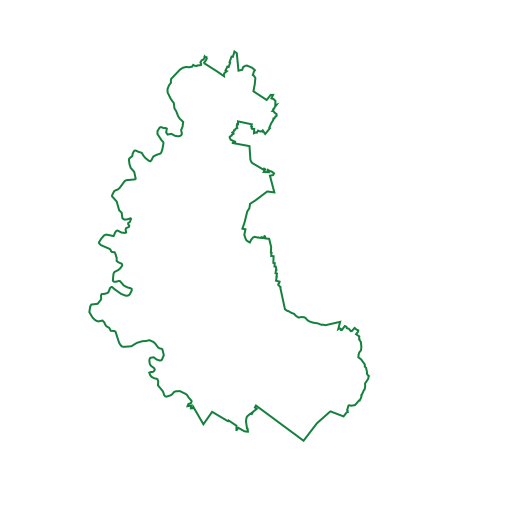 José Sixto Verduzco, Michoacán, Mexico, rotated 296°
{"feature_id": "50627088B2791388082970", "entity_name": "José Sixto Verduzco", "entity_type": "district", "adm_level": 2, "iso_a3": "MEX", "parent_name": "Mexico", "parent_adm1": "Michoacán", "projection": "albers", "projection_center": [-101.555, 20.242], "detail": "fine", "context": "isolated", "style": "outline", "palette": "green", "viewbox_px": 512, "rotation_deg": 296, "n_neighbors": 0, "source": "geoboundaries", "source_scale": "gbopen_adm2", "svg_char_len": 6130}
<svg xmlns="http://www.w3.org/2000/svg" viewBox="0 0 512 512"><g transform="rotate(296 256 256)"><path d="M398.1,115.5L396.5,113.5L395.2,110.3L393.3,107.9L390.3,106.0L377.9,102.1L376.0,102.7L374.5,103.6L371.2,103.0L367.2,103.3L364.2,104.9L359.7,110.7L357.4,115.1L352.9,118.0L351.2,120.8L347.6,124.6L346.0,127.2L344.6,131.8L340.0,133.3L336.4,133.5L333.4,135.8L332.0,135.9L330.7,135.2L329.6,133.9L328.5,130.6L328.7,126.4L326.4,123.3L327.7,121.1L331.4,120.0L331.5,119.1L330.5,116.8L330.3,114.6L330.0,113.8L329.1,113.1L325.1,112.7L322.5,113.9L318.7,120.2L317.7,122.7L316.8,123.4L310.8,125.1L307.3,125.5L306.1,125.1L303.1,122.1L300.4,120.1L296.1,120.0L294.7,119.4L294.6,118.1L295.5,113.8L297.0,110.4L298.4,108.6L298.6,107.6L298.1,104.8L298.1,101.9L297.7,100.9L296.7,100.3L294.1,100.3L291.5,101.0L288.5,99.5L287.5,99.4L286.3,99.9L283.0,102.1L280.3,104.7L278.2,109.7L272.7,114.0L271.7,113.5L267.5,106.5L266.0,105.2L257.4,103.6L255.1,102.6L253.7,101.1L252.0,100.1L247.8,100.0L246.5,100.5L243.9,106.9L237.1,113.0L236.0,116.3L231.6,119.2L231.0,120.7L231.2,122.1L232.6,124.4L234.9,126.7L234.6,127.4L231.4,127.7L229.6,126.7L228.6,127.1L227.6,128.9L226.3,129.0L224.2,127.1L222.6,127.2L220.3,128.9L219.5,128.5L218.1,125.0L218.2,120.3L217.3,119.5L215.6,119.1L211.5,119.3L209.6,112.0L208.1,110.5L203.7,109.3L199.6,108.9L198.8,109.2L197.8,111.6L198.2,121.2L198.0,122.3L196.8,123.6L196.4,124.8L197.4,127.2L195.7,129.4L194.2,130.5L193.6,131.4L190.4,133.0L190.0,135.3L190.2,138.7L189.7,139.4L188.9,139.9L187.7,139.8L185.0,139.3L182.8,138.2L179.9,136.0L178.8,135.6L177.0,135.9L171.2,138.1L170.8,138.6L170.7,139.7L171.1,140.9L173.5,143.8L173.8,144.7L171.6,150.0L171.4,151.6L171.5,154.9L172.1,157.4L171.9,158.7L170.6,159.4L169.4,159.4L165.9,159.3L164.2,158.2L163.2,156.3L162.8,151.3L164.2,143.1L165.0,140.6L164.8,139.7L163.5,138.9L158.6,139.2L157.3,138.4L155.6,136.5L154.1,134.0L152.5,134.0L149.9,135.5L148.4,135.7L143.6,134.6L140.2,129.3L138.0,129.1L132.5,130.8L129.0,136.1L127.9,139.5L127.8,141.6L128.3,143.3L130.7,146.3L129.7,149.0L128.6,150.0L127.3,152.2L127.0,155.7L125.1,158.2L126.5,161.8L126.4,162.9L118.1,170.9L116.9,172.7L115.9,174.9L116.4,177.0L120.2,183.5L125.7,187.0L129.5,191.1L131.4,194.4L133.6,197.1L133.8,201.4L133.1,203.8L130.9,208.0L130.7,209.5L131.2,212.0L131.1,212.7L126.5,216.6L121.6,216.9L120.6,216.5L119.8,215.1L119.4,212.0L120.1,208.4L118.2,205.7L116.8,205.5L115.2,206.0L112.5,207.8L111.3,209.6L110.5,213.7L109.6,214.8L108.1,214.8L107.0,214.4L106.2,213.6L105.7,212.4L104.4,211.2L102.6,213.0L101.6,215.0L101.5,218.4L102.1,220.5L102.0,221.5L100.4,223.1L96.8,224.6L93.5,231.7L90.5,234.8L90.1,236.0L90.2,237.0L93.2,240.2L94.7,241.2L98.0,242.0L99.2,243.2L101.2,246.8L101.2,253.1L100.9,254.8L99.3,257.4L97.6,261.5L96.7,262.0L95.2,262.0L93.3,260.1L91.0,260.3L93.0,263.2L90.5,264.2L91.5,266.0L93.1,265.5L81.7,282.5L96.7,284.9L95.2,303.2L96.2,303.4L94.9,312.8L91.0,314.7L91.1,315.0L93.8,315.4L93.4,322.5L94.4,325.5L94.8,325.2L95.0,325.5L97.2,324.1L97.1,323.5L103.1,319.4L106.7,318.3L108.0,318.4L111.5,319.9L112.0,321.5L113.5,321.6L113.5,321.1L118.9,323.7L119.4,321.4L121.6,321.5L110.8,379.7L132.4,384.1L148.6,390.8L149.0,391.2L150.2,405.0L155.4,406.1L155.9,406.9L157.7,405.8L157.7,405.4L162.1,404.7L162.7,405.2L163.2,407.3L165.4,410.3L171.4,412.0L171.5,412.5L173.8,412.6L176.6,412.2L177.1,411.6L178.0,411.9L183.1,411.8L183.5,412.1L186.2,411.5L189.2,409.9L195.0,410.7L197.1,409.9L197.6,410.1L198.3,407.9L199.1,407.1L200.0,406.9L203.8,403.9L204.3,402.2L206.2,401.4L209.2,395.7L209.8,392.4L212.2,391.5L214.6,391.1L217.3,391.7L220.4,390.6L224.6,388.0L226.3,385.2L226.9,385.3L227.9,384.4L229.0,384.1L229.6,380.2L232.7,380.9L234.0,380.5L233.9,378.5L234.6,376.2L230.5,375.0L230.0,374.2L231.3,371.3L231.0,369.2L232.0,368.3L232.0,366.5L227.0,365.6L226.7,364.8L227.7,363.9L227.5,362.7L226.3,362.0L233.7,360.5L224.2,348.7L223.6,346.1L222.9,345.3L222.5,340.9L221.1,336.5L220.6,332.7L220.9,330.2L222.0,327.7L222.1,326.2L221.0,323.5L219.3,321.2L219.8,317.7L220.7,315.7L220.4,312.5L220.7,309.4L220.4,308.2L220.8,305.4L238.2,291.7L238.8,291.7L239.8,288.6L241.0,288.3L241.6,288.8L243.3,288.4L242.6,284.8L246.4,283.8L246.3,283.5L249.4,282.5L249.1,281.1L252.1,280.1L252.4,280.5L255.1,278.5L254.7,277.2L257.8,276.0L257.4,274.6L263.5,271.9L262.7,269.6L265.7,268.6L265.5,267.9L270.7,265.7L277.2,260.3L275.9,256.7L277.2,255.8L277.1,254.9L278.6,254.9L276.4,254.9L275.9,255.1L275.8,254.7L275.6,255.4L273.8,250.8L273.8,250.1L273.4,249.7L272.6,246.3L271.3,245.2L268.4,244.5L265.5,244.6L265.4,243.5L265.9,240.5L267.2,238.8L269.9,236.2L275.4,234.8L274.6,231.8L281.1,231.0L292.3,228.6L296.0,229.1L300.3,227.8L305.4,230.9L318.9,237.8L321.2,244.6L334.3,233.3L336.2,235.9L338.2,236.0L338.8,232.9L338.4,231.3L338.6,228.8L337.9,228.9L336.8,230.6L334.9,226.1L337.9,226.3L338.1,224.9L336.9,224.5L337.9,211.9L338.7,210.2L340.2,208.7L351.9,202.0L347.1,184.8L349.0,187.4L349.6,187.1L349.4,182.3L350.8,180.5L351.7,180.1L353.7,181.4L354.5,181.1L356.0,182.2L356.7,180.6L357.9,181.5L359.4,181.1L360.0,181.8L361.5,181.9L362.8,183.1L364.4,181.7L366.3,181.2L366.5,182.1L369.1,180.8L372.5,194.5L370.3,194.9L370.4,195.7L368.8,196.1L368.5,196.8L369.4,198.7L365.5,200.4L367.1,201.8L367.2,202.7L369.6,202.9L369.7,205.2L370.7,206.4L370.6,207.0L371.8,207.1L369.7,210.8L377.0,212.5L377.1,211.7L382.0,211.5L385.2,211.9L387.3,211.4L387.6,212.2L390.0,212.3L390.5,213.0L391.2,213.0L392.6,212.2L393.0,209.7L393.8,208.4L393.5,207.3L394.2,207.5L395.6,207.1L395.4,206.6L396.4,207.7L397.6,207.5L401.0,208.2L400.0,207.2L403.9,205.5L404.8,202.9L404.4,200.8L408.3,200.7L407.3,198.6L400.9,197.2L402.9,181.5L410.1,179.5L415.7,177.4L417.1,175.1L417.2,173.8L420.8,173.3L422.5,173.6L423.5,170.0L423.2,164.3L422.1,162.9L420.1,161.6L417.3,162.0L414.9,159.0L429.9,149.8L430.3,147.0L424.9,147.9L424.5,146.6L418.5,147.3L418.4,148.0L413.9,148.6L413.7,147.2L409.3,147.3L409.3,148.8L406.4,147.4L404.8,147.6L403.6,148.4L404.9,139.6L406.5,125.2L407.0,124.6L409.8,125.2L411.9,125.2L413.0,124.3L412.4,123.1L412.9,122.3L412.4,122.3L411.8,122.9L409.5,122.6L408.2,121.4L405.6,121.2L404.5,122.7L403.4,122.8L401.5,119.7L400.7,119.4L400.1,117.3L400.2,115.8L398.1,115.5Z" fill="none" stroke="#15803d" stroke-width="2"/></g></svg>